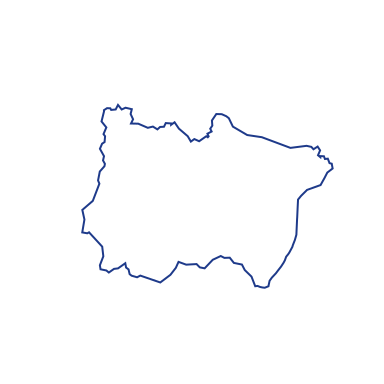 outline of Bitola, Bitola, North Macedonia, rotated 313°
{"feature_id": "65306769B29228652763838", "entity_name": "Bitola", "entity_type": "district", "adm_level": 2, "iso_a3": "MKD", "parent_name": "North Macedonia", "parent_adm1": "Bitola", "projection": "robinson", "projection_center": [21.305, 41.044], "detail": "fine", "context": "isolated", "style": "outline", "palette": "blue", "viewbox_px": 384, "rotation_deg": 313, "n_neighbors": 0, "source": "geoboundaries", "source_scale": "gbopen_adm2", "svg_char_len": 1868}
<svg xmlns="http://www.w3.org/2000/svg" viewBox="0 0 384 384"><g transform="rotate(313 192 192)"><path d="M265.6,156.6L257.9,157.8L254.4,161.6L250.7,162.2L249.6,165.1L245.2,163.5L244.0,166.2L242.8,166.2L242.5,164.4L234.0,162.6L232.3,157.6L228.1,156.8L229.9,150.8L229.4,139.2L231.1,131.7L227.0,130.9L228.0,130.1L224.5,125.8L220.6,127.0L217.8,124.3L214.2,124.0L213.2,118.8L208.8,115.9L205.3,106.1L200.5,100.7L205.0,99.3L207.2,93.9L211.5,91.5L208.3,85.9L204.4,84.3L205.2,78.5L200.3,79.9L196.9,76.9L197.5,75.2L195.4,72.7L191.8,71.8L190.9,72.7L181.9,77.7L180.8,85.3L174.0,87.8L173.5,90.4L168.9,94.0L166.0,93.3L160.8,95.2L158.2,103.2L154.4,105.4L153.2,109.1L151.1,110.4L144.1,110.6L136.4,115.4L134.9,118.6L117.9,125.5L104.1,124.0L98.5,132.1L87.6,139.3L90.4,143.6L92.3,144.2L90.8,163.6L84.5,171.0L75.6,174.6L73.1,177.8L76.2,182.9L76.4,186.1L82.6,187.4L85.7,190.0L94.4,191.8L91.8,195.3L92.1,198.4L89.4,202.4L89.6,204.9L92.2,210.0L95.6,211.2L104.2,230.5L116.7,232.7L125.5,231.9L131.7,229.8L134.9,237.3L142.4,244.5L142.2,249.1L144.8,253.3L156.6,253.4L164.8,256.7L165.9,260.6L169.7,264.4L168.7,271.0L173.0,278.0L170.9,283.8L170.7,293.2L166.2,302.5L168.0,304.0L169.0,306.6L170.2,308.6L171.6,310.5L175.2,312.2L176.3,311.5L180.0,309.3L183.8,308.8L189.8,308.8L193.6,308.4L198.2,308.0L202.8,307.2L205.4,306.5L208.9,305.0L210.4,304.9L211.9,304.8L213.9,304.5L215.1,304.2L220.4,302.8L221.7,302.1L227.0,300.0L231.9,297.5L244.0,287.2L245.0,286.4L252.4,280.1L258.8,274.7L263.6,274.4L266.2,274.5L271.3,274.7L272.0,274.7L284.4,281.1L284.7,281.3L292.8,279.3L298.5,277.7L305.1,278.8L308.0,274.9L306.9,272.9L309.0,268.6L306.8,266.7L308.1,264.1L305.8,261.4L305.0,262.1L304.8,259.1L309.8,257.3L310.9,252.9L306.1,251.7L306.4,248.5L303.9,244.3L291.4,233.9L279.7,205.7L271.3,193.5L267.7,177.3L271.1,168.6L270.8,165.4L269.2,160.7L265.6,156.6Z" fill="none" stroke="#1e3a8a" stroke-width="2"/></g></svg>